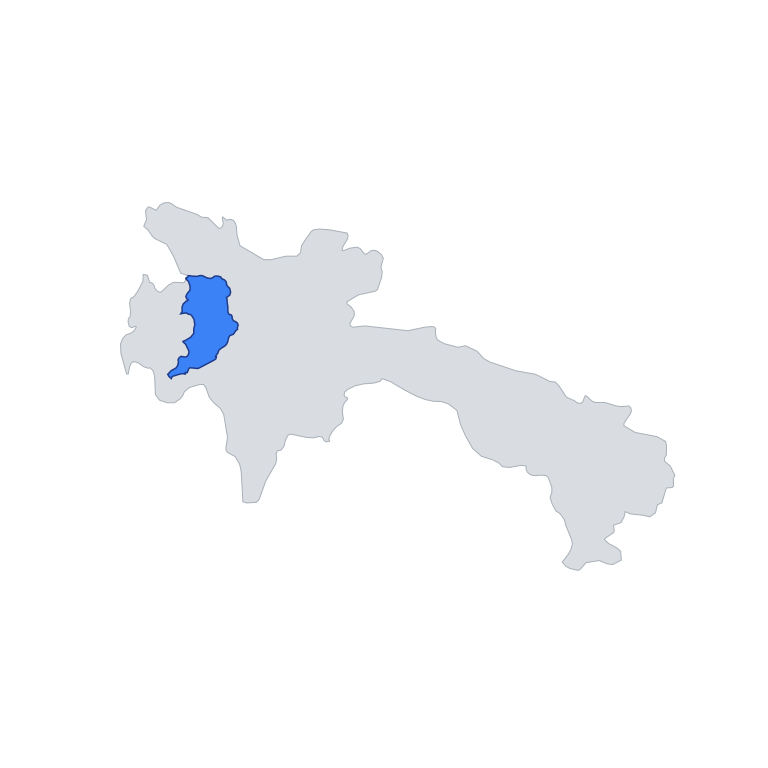 Oudômxai highlighted on a map of Laos, rotated 333°
{"feature_id": "LAO-3290", "entity_name": "Oudômxai", "entity_type": "Province", "adm_level": 1, "iso_a3": "LAO", "parent_name": "Laos", "parent_adm1": "", "projection": "orthographic", "projection_center": [101.644, 20.521], "detail": "fine", "context": "in_parent", "style": "filled", "palette": "blue", "viewbox_px": 768, "rotation_deg": 333, "n_neighbors": 0, "source": "natural_earth", "source_scale": "10m", "svg_char_len": 5573}
<svg xmlns="http://www.w3.org/2000/svg" viewBox="0 0 768 768"><g transform="rotate(333 384 384)"><path d="M276.3,126.5L279.5,132.4L294.6,148.3L297.2,152.6L302.7,155.9L307.4,170.1L309.3,171.0L311.8,170.0L313.7,168.0L315.2,162.5L316.2,161.9L318.0,166.4L322.2,167.7L324.0,169.7L324.6,173.1L324.0,176.6L320.6,184.7L318.5,195.6L333.4,218.7L339.7,221.9L354.4,225.5L364.4,230.5L369.1,229.2L373.4,223.4L378.7,220.1L388.5,215.0L391.4,214.7L396.8,216.6L405.9,222.2L419.7,232.8L419.3,235.7L416.8,238.6L409.6,243.0L407.4,245.8L408.8,246.9L414.9,247.4L422.1,249.8L424.3,252.6L425.6,259.0L426.9,260.2L433.5,259.4L435.6,260.2L438.0,262.2L440.5,267.6L440.5,271.6L434.1,278.8L433.4,283.1L430.0,288.2L421.1,296.8L418.7,297.4L401.8,293.0L388.5,293.9L387.4,295.7L389.7,300.7L390.4,305.8L388.4,309.7L380.8,314.8L380.5,317.0L382.1,319.3L393.4,323.6L429.5,347.4L445.9,351.8L453.1,354.7L455.0,356.4L455.0,358.5L453.2,361.3L451.7,366.1L451.7,369.0L453.4,371.7L456.4,375.8L466.6,384.9L474.0,386.9L481.9,397.3L484.4,406.6L488.3,412.5L507.4,432.0L523.3,444.0L532.9,457.0L537.5,459.9L539.0,464.6L540.6,478.6L546.2,485.5L547.4,488.3L549.8,490.3L552.4,490.6L557.8,485.8L558.9,486.5L561.6,493.8L563.9,496.4L572.3,500.7L581.3,509.3L586.1,512.4L592.2,514.7L593.1,517.5L592.1,520.4L590.2,522.3L580.1,527.8L578.8,530.1L585.9,541.3L603.3,554.8L608.8,563.0L607.8,567.1L603.3,575.5L599.8,577.8L599.0,580.4L601.8,587.0L601.7,597.4L598.6,600.0L595.7,606.4L593.6,607.0L588.3,604.8L577.6,616.1L572.8,615.7L567.4,622.0L560.4,623.0L555.3,618.6L544.7,611.7L540.9,607.2L537.7,611.3L532.2,615.1L524.4,614.0L522.4,619.6L520.9,620.6L511.5,621.8L509.8,622.7L511.4,627.6L517.1,635.9L518.9,640.6L515.5,648.6L505.8,648.7L501.3,645.6L495.6,639.0L483.0,634.9L474.7,638.2L472.2,638.1L465.8,632.6L463.4,629.0L461.9,623.6L471.4,619.1L476.2,615.6L479.3,611.9L480.5,608.1L481.8,592.4L483.1,586.8L482.2,580.1L479.5,574.8L479.4,566.8L480.6,560.3L484.2,557.0L486.6,552.3L487.9,541.8L486.8,539.2L483.1,536.7L477.1,534.4L473.3,531.4L471.7,527.7L471.8,524.5L473.5,521.6L469.0,518.6L458.0,515.4L451.9,511.4L450.6,506.6L445.9,500.3L438.0,492.7L433.7,481.5L433.1,466.8L433.8,454.8L437.0,440.8L432.3,430.9L427.2,425.7L420.3,421.9L413.6,416.5L407.2,409.3L399.6,398.7L390.7,384.6L384.7,378.3L381.8,379.8L375.5,378.6L365.8,374.6L357.4,372.5L350.3,372.3L345.6,373.2L343.5,375.4L343.3,377.6L345.2,379.7L344.2,381.3L340.5,382.6L337.5,384.9L334.1,390.2L331.8,397.0L328.3,399.7L322.8,400.3L317.4,402.3L312.1,405.6L309.6,408.2L309.9,409.9L308.8,410.3L306.2,409.3L304.9,407.1L305.0,403.5L302.3,401.2L296.7,400.0L290.4,396.2L278.3,386.4L275.5,386.0L271.6,388.5L266.5,394.1L262.2,396.2L258.8,395.1L256.2,397.1L254.4,402.1L251.1,406.0L234.8,416.6L220.2,430.3L216.5,431.5L207.6,427.6L204.8,424.9L217.1,397.0L218.9,390.2L218.5,381.2L213.4,373.7L213.2,371.6L214.0,369.3L220.3,360.6L227.4,338.3L227.1,331.4L223.9,323.7L222.3,316.5L223.6,306.6L223.1,302.7L219.8,300.8L208.8,298.8L202.4,300.4L199.4,303.0L195.7,304.7L188.7,305.6L182.2,302.2L176.7,296.5L175.5,289.6L182.4,274.7L184.1,268.9L183.9,266.2L182.8,263.3L181.1,263.0L177.7,259.4L174.3,253.2L171.1,250.3L168.1,250.8L165.2,253.1L160.6,259.0L159.2,258.2L163.4,237.6L167.3,228.8L171.8,224.8L176.5,223.1L181.5,223.8L185.7,223.1L189.1,220.9L188.8,219.7L184.8,219.4L183.2,217.0L184.1,212.6L185.9,209.8L188.6,208.5L191.3,204.1L193.9,196.6L197.0,192.8L200.7,192.7L206.9,189.5L215.8,183.1L219.2,177.0L222.6,179.8L221.3,187.0L223.1,188.5L223.9,191.0L223.4,195.0L224.1,198.4L225.5,200.1L227.4,200.9L236.9,198.0L242.6,197.8L252.0,203.0L257.6,199.1L257.7,197.7L253.1,192.8L254.5,174.7L253.8,160.9L246.1,150.8L244.6,146.7L243.7,140.0L241.6,134.3L247.1,129.7L250.1,121.3L253.9,119.3L255.2,119.6L259.9,125.9L265.8,122.8L270.4,122.8L274.2,124.4L276.3,126.5Z" fill="#d9dde1" stroke="#a8b0b8" stroke-width="1"/><path d="M257.3,199.7L257.8,199.6L258.3,199.3L258.7,198.9L258.8,198.6L259.9,199.2L262.5,201.2L263.5,201.5L264.4,202.1L265.1,202.8L269.6,204.0L271.4,205.0L274.1,208.6L275.8,210.2L277.8,211.4L279.8,211.5L281.7,211.0L283.7,211.7L285.7,213.0L287.2,214.6L287.2,216.4L289.1,218.8L289.6,220.4L289.7,221.7L288.8,224.2L289.1,225.7L289.0,226.5L289.5,227.4L289.9,228.4L289.8,229.6L289.0,232.6L286.9,234.8L283.0,235.4L282.8,236.8L281.3,240.1L280.2,243.5L277.6,249.1L277.4,251.0L278.2,252.1L279.2,253.0L279.4,254.7L278.6,256.4L278.5,259.1L280.3,261.4L281.1,263.4L280.7,265.5L279.1,267.0L278.2,268.9L276.3,269.1L273.0,271.0L272.1,271.3L268.9,270.9L267.8,271.3L266.4,272.5L263.4,275.9L261.4,277.3L259.3,277.9L254.6,278.3L252.2,279.0L251.5,279.5L249.8,281.2L249.2,281.5L248.3,281.8L247.1,282.5L246.3,283.2L247.0,283.6L245.7,285.2L243.5,285.6L225.9,285.8L224.5,285.3L220.7,282.8L219.6,282.2L219.1,281.8L218.5,281.5L217.7,281.5L217.2,281.7L215.7,282.8L214.3,284.2L213.3,284.5L212.5,283.6L212.1,283.6L211.9,283.9L211.5,284.5L211.3,284.9L209.3,283.3L206.6,282.5L199.4,281.2L198.6,281.3L197.9,281.7L196.9,282.6L195.8,279.7L195.7,277.2L200.4,275.5L205.8,275.3L207.1,274.7L208.3,274.0L209.7,272.6L210.9,271.0L211.5,268.9L213.4,267.6L215.7,267.2L219.1,269.8L221.1,270.0L222.9,269.1L224.2,267.7L225.1,266.2L225.3,259.2L225.2,258.2L224.6,256.8L224.2,255.4L224.2,254.8L227.0,255.0L232.9,254.6L237.5,252.5L239.4,248.8L240.4,247.4L241.6,246.3L242.4,245.0L244.1,240.1L243.6,235.2L243.1,234.3L241.0,232.6L240.4,231.0L234.8,229.1L236.9,228.0L239.0,223.8L241.6,221.4L243.9,220.9L244.8,220.4L247.3,220.5L247.6,219.5L246.9,218.6L247.1,216.2L249.0,214.5L251.3,213.3L253.5,212.5L254.8,210.5L255.7,208.3L256.4,203.6L255.7,202.4L255.8,201.8L255.4,200.9L255.2,200.2L256.0,199.5L257.3,199.7Z" fill="#3b82f6" stroke="#1e3a8a" stroke-width="1.5"/></g></svg>